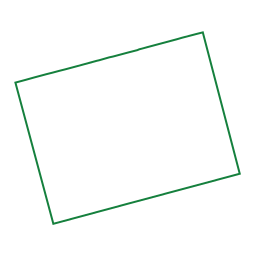 the district of Jackson, Minnesota, United States of America, rotated 165°
{"feature_id": "52423323B81129641248246", "entity_name": "Jackson", "entity_type": "district", "adm_level": 2, "iso_a3": "USA", "parent_name": "United States of America", "parent_adm1": "Minnesota", "projection": "equal_earth", "projection_center": [-95.1, 43.674], "detail": "fine", "context": "isolated", "style": "outline", "palette": "green", "viewbox_px": 256, "rotation_deg": 165, "n_neighbors": 0, "source": "geoboundaries", "source_scale": "gbopen_adm2", "svg_char_len": 573}
<svg xmlns="http://www.w3.org/2000/svg" viewBox="0 0 256 256"><g transform="rotate(165 128 128)"><path d="M225.0,201.0L224.9,54.8L223.3,54.8L147.1,54.9L145.4,54.9L31.9,54.9L31.0,201.0L37.5,201.1L52.5,201.2L56.6,201.1L56.8,201.1L96.8,201.1L98.8,200.8L108.5,200.9L119.6,200.9L123.7,200.9L123.9,200.9L127.9,201.1L138.3,200.9L140.8,201.0L160.4,200.9L160.7,200.9L167.0,200.9L173.4,200.9L179.8,201.0L186.3,201.0L192.7,201.1L199.1,201.1L205.5,201.1L214.4,201.0L218.6,201.0L219.1,201.0L223.2,201.0L223.9,201.0L225.0,201.0Z" fill="none" stroke="#15803d" stroke-width="2"/></g></svg>